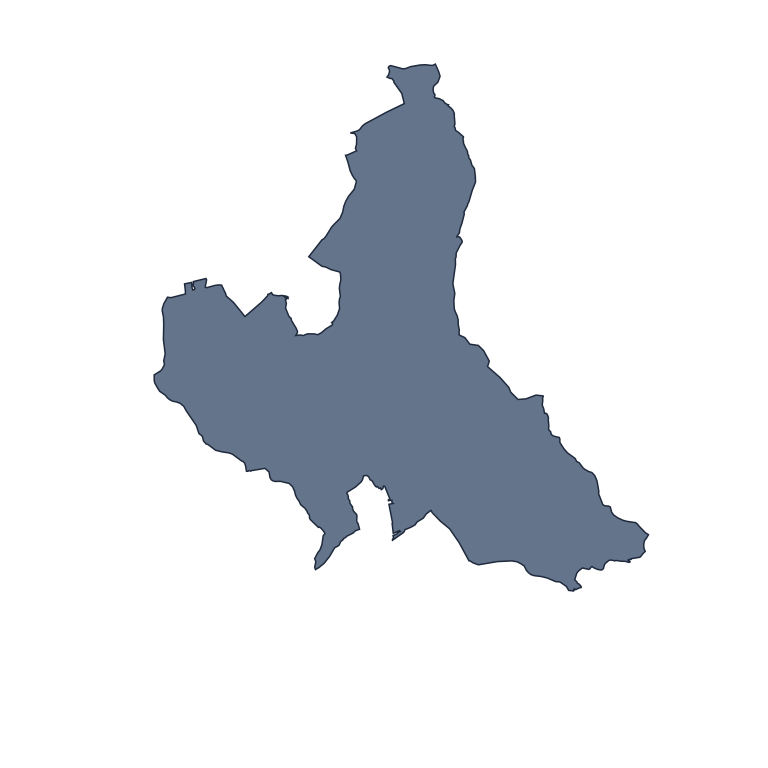 Zagar, Mures, Romania, rotated 331°
{"feature_id": "2599482B67962104001540", "entity_name": "Zagar", "entity_type": "district", "adm_level": 2, "iso_a3": "ROU", "parent_name": "Romania", "parent_adm1": "Mures", "projection": "robinson", "projection_center": [24.611, 46.351], "detail": "fine", "context": "isolated", "style": "filled", "palette": "slate", "viewbox_px": 768, "rotation_deg": 331, "n_neighbors": 0, "source": "geoboundaries", "source_scale": "gbopen_adm2", "svg_char_len": 6171}
<svg xmlns="http://www.w3.org/2000/svg" viewBox="0 0 768 768"><g transform="rotate(331 384 384)"><path d="M542.3,644.0L540.6,641.0L538.1,631.8L537.8,629.5L536.8,627.2L529.8,621.8L527.0,619.1L523.5,614.3L521.3,609.7L521.0,606.4L522.3,601.3L521.2,599.6L518.2,597.7L516.9,595.6L518.5,584.0L519.8,582.2L522.6,574.2L523.4,571.6L523.9,566.3L522.9,562.2L520.7,559.9L518.3,556.1L517.4,553.8L516.6,547.6L514.9,545.1L515.1,541.9L511.1,533.2L509.9,527.5L509.5,520.3L511.1,517.5L511.4,515.8L507.0,511.7L505.9,509.3L506.6,506.3L506.0,504.2L506.3,502.8L507.8,500.7L510.2,495.2L511.5,493.2L511.9,491.2L512.0,489.0L511.4,488.1L510.2,487.5L511.8,482.6L512.1,479.3L515.0,475.2L515.8,473.4L517.4,471.9L517.3,471.5L511.6,467.4L500.9,465.8L493.7,462.5L490.9,452.7L491.5,447.5L488.7,434.8L483.0,419.0L487.2,415.0L487.3,403.1L485.2,396.0L478.4,390.8L477.2,382.6L473.6,377.7L474.5,375.5L476.1,373.1L477.6,368.4L480.1,363.5L481.0,359.9L481.4,355.0L482.0,352.1L485.4,345.1L489.9,339.0L492.6,330.3L493.7,328.5L504.4,314.3L507.3,308.8L508.5,308.0L510.7,304.4L517.6,299.7L520.8,298.1L521.6,297.2L521.8,295.0L521.4,292.1L519.8,290.8L519.1,290.8L519.1,290.4L523.2,288.4L525.6,285.1L530.0,281.3L536.6,274.3L537.3,272.4L543.3,268.5L544.9,266.8L546.6,265.8L555.0,257.5L561.9,251.8L564.6,246.6L567.5,239.4L567.0,235.2L568.2,230.1L567.9,227.3L568.7,225.5L568.7,223.3L569.5,221.8L569.9,219.5L569.8,217.1L570.3,211.7L571.1,210.5L571.7,208.1L573.1,206.8L573.3,206.2L571.0,199.6L569.7,197.4L569.7,196.5L570.4,194.1L570.3,193.2L570.9,192.0L572.1,191.0L575.4,183.7L576.7,181.4L577.0,178.1L576.4,175.2L574.9,171.8L575.8,171.1L574.8,170.2L573.4,167.5L573.2,165.2L572.7,164.2L570.5,161.0L568.1,159.2L567.1,157.5L568.8,155.8L568.6,153.4L569.6,150.5L571.2,148.2L572.2,147.5L577.4,146.2L582.2,142.1L583.2,137.7L584.0,129.1L581.4,129.0L579.7,128.2L575.1,124.9L570.3,122.5L561.0,119.3L555.9,118.6L553.3,117.5L544.3,108.8L542.6,108.5L541.0,109.5L541.0,111.7L540.1,113.8L537.7,115.9L535.4,117.0L537.5,119.8L539.0,120.6L539.5,124.0L538.9,124.9L540.4,138.5L537.7,148.6L518.0,147.5L494.0,147.2L490.3,147.8L486.1,149.6L483.6,149.8L476.2,148.1L479.6,150.6L479.9,151.4L479.9,154.6L476.2,161.0L473.2,164.1L473.1,166.8L462.8,165.9L461.3,165.3L460.0,172.5L457.8,181.1L457.5,186.4L457.7,190.4L458.1,191.2L458.2,192.9L457.4,194.2L452.3,199.3L444.0,202.6L439.2,205.6L435.1,209.0L431.2,213.6L425.8,217.8L414.7,221.1L404.9,226.6L401.9,227.8L399.7,227.8L379.9,236.2L386.8,251.0L389.5,253.2L393.3,258.5L399.5,264.5L399.4,266.3L396.8,272.0L393.5,275.6L391.3,278.7L388.2,286.4L386.7,287.6L384.3,290.7L381.7,296.5L376.6,301.1L370.8,304.3L367.9,305.0L368.5,305.9L367.5,307.3L360.1,307.6L354.1,308.8L350.0,308.8L347.2,306.3L341.7,303.2L339.1,302.6L337.5,302.8L334.1,300.3L330.3,298.8L333.1,297.2L333.8,296.1L334.2,292.8L333.9,283.8L334.6,281.2L334.0,280.2L333.7,278.3L334.7,269.9L337.7,266.2L338.4,263.2L339.8,262.2L339.3,261.8L339.8,261.4L341.6,262.8L341.8,262.5L339.7,260.4L339.2,259.4L341.7,260.6L341.4,260.1L337.7,257.1L334.7,255.8L331.7,253.7L329.9,251.9L329.9,249.5L329.2,249.4L327.6,249.7L325.8,249.3L325.0,250.4L317.3,252.9L295.1,257.6L291.9,239.6L288.7,230.7L289.3,228.1L289.9,218.8L287.3,217.1L283.9,215.8L275.6,213.8L274.6,212.6L279.4,206.8L279.4,205.4L267.0,202.0L266.6,203.1L264.6,205.2L265.1,207.7L264.9,208.8L264.0,209.5L262.4,209.1L262.9,206.3L265.0,201.9L258.1,199.7L255.4,206.3L253.9,209.0L239.5,205.2L236.7,203.1L230.3,207.1L226.7,210.5L225.4,212.7L223.6,218.5L220.1,225.3L212.7,238.0L207.2,251.6L202.5,257.0L201.4,260.5L200.9,260.9L197.0,263.5L195.0,264.2L187.4,264.6L184.7,269.6L184.0,272.0L184.0,277.7L184.3,281.7L187.3,287.8L187.9,291.2L189.0,293.9L190.9,296.7L193.6,298.9L196.3,302.0L198.1,306.5L198.0,311.2L199.7,329.2L198.1,337.8L199.2,339.9L199.7,342.1L198.5,346.2L199.3,350.1L200.6,351.4L204.6,360.3L209.4,364.8L215.1,369.2L217.4,371.9L222.2,382.4L223.2,383.6L223.8,385.7L223.0,389.2L221.4,393.6L222.6,394.4L224.2,394.3L225.2,395.6L226.3,395.6L239.0,400.1L240.8,405.2L238.9,410.6L239.0,413.1L239.7,414.6L241.6,416.5L246.2,418.9L252.2,424.4L252.9,425.2L254.2,429.5L253.8,434.5L252.8,437.9L252.5,441.3L252.9,445.7L252.6,449.2L254.6,454.4L255.0,458.5L254.6,459.7L255.2,462.3L253.8,465.4L253.9,467.1L257.1,477.6L258.1,477.8L259.0,479.6L259.9,483.8L259.8,486.2L257.3,487.2L251.8,494.4L247.5,498.1L244.5,499.3L238.7,503.1L238.2,506.4L234.5,510.7L234.1,513.1L238.2,513.0L244.7,511.8L252.9,508.4L261.5,503.3L265.8,503.4L266.9,503.0L269.5,500.9L272.4,500.4L274.2,499.5L275.9,499.7L277.7,499.1L284.7,499.4L287.8,498.5L292.2,499.2L293.7,493.3L293.4,492.0L293.8,490.4L296.3,486.4L296.8,484.9L295.7,480.1L296.2,477.4L296.9,476.4L296.4,471.6L297.4,469.9L297.2,466.8L298.2,465.3L298.6,463.4L298.5,461.4L299.5,460.8L309.0,460.3L316.5,458.6L318.9,457.2L321.5,454.5L324.3,455.4L325.3,456.9L325.6,458.4L325.4,461.1L326.4,462.4L326.7,463.6L326.7,467.0L327.0,469.3L327.4,470.3L328.3,470.3L329.1,472.9L330.5,473.3L330.4,475.1L332.3,474.9L333.9,473.2L334.4,473.2L335.0,474.0L333.4,487.4L331.6,487.5L331.3,488.2L334.5,489.5L333.6,491.3L334.1,492.9L330.0,491.6L324.1,509.8L323.5,509.9L319.7,519.1L326.6,519.8L326.7,520.9L324.0,520.6L323.0,521.4L318.4,521.0L317.7,523.1L315.8,524.3L315.7,524.8L329.3,523.3L331.9,521.6L337.9,522.3L342.8,522.3L346.0,520.7L353.3,520.4L358.0,518.1L363.8,517.3L363.8,520.0L366.8,531.3L371.2,542.5L372.8,559.2L372.6,579.9L373.4,580.2L375.1,583.5L378.9,587.9L397.1,594.3L409.9,600.6L414.1,603.9L416.8,607.9L418.4,611.3L418.2,616.1L418.9,619.1L420.0,621.8L422.5,624.5L428.1,628.5L432.7,632.8L438.4,640.1L441.9,642.4L445.4,649.5L445.4,654.0L449.2,656.8L450.3,655.8L450.5,656.5L451.6,655.7L452.1,656.8L455.8,657.0L457.7,657.6L458.2,657.1L458.2,656.3L457.6,653.6L456.7,652.3L456.7,650.3L455.9,647.7L460.9,642.9L463.2,641.9L468.3,641.1L473.2,645.4L474.4,645.5L476.1,644.6L477.4,644.5L478.4,646.5L480.8,649.6L483.7,652.0L485.0,652.2L486.4,651.8L488.9,649.2L490.6,648.2L495.3,647.3L497.5,648.2L500.3,650.7L501.1,650.7L502.4,651.6L505.7,654.1L509.2,656.2L511.7,658.7L512.6,659.0L513.1,658.6L512.1,656.3L512.7,656.1L515.1,657.2L515.5,656.6L523.2,659.4L524.6,659.5L528.4,657.8L531.3,657.1L531.7,653.9L532.9,651.1L534.5,648.8L536.2,647.1L538.6,646.2L542.3,644.0Z" fill="#64748b" stroke="#1e293b" stroke-width="1.5"/></g></svg>